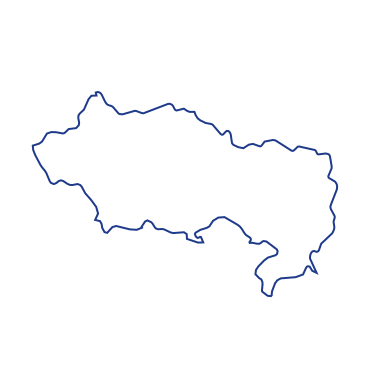 Moravskoslezský, orthographic projection, rotated 165°
{"feature_id": "CZE-1612", "entity_name": "Moravskoslezský", "entity_type": "Region", "adm_level": 1, "iso_a3": "CZE", "parent_name": "Czechia", "parent_adm1": "", "projection": "orthographic", "projection_center": [17.887, 49.846], "detail": "fine", "context": "isolated", "style": "outline", "palette": "blue", "viewbox_px": 384, "rotation_deg": 165, "n_neighbors": 0, "source": "natural_earth", "source_scale": "10m", "svg_char_len": 3240}
<svg xmlns="http://www.w3.org/2000/svg" viewBox="0 0 384 384"><g transform="rotate(165 192 192)"><path d="M142.7,71.0L145.5,72.0L146.4,72.9L149.5,77.0L149.9,77.6L150.0,78.3L149.8,79.1L149.5,79.9L147.7,84.7L147.3,87.1L147.7,89.7L149.4,91.4L152.0,96.2L150.4,100.1L147.1,103.0L140.0,107.2L135.6,109.0L127.6,109.3L125.8,110.2L124.6,112.8L124.9,114.6L132.9,124.9L135.5,126.1L137.2,125.8L138.6,125.0L140.4,124.6L142.5,125.2L147.0,127.4L149.4,127.9L149.4,128.2L149.5,128.4L149.4,128.6L149.4,128.8L147.8,130.1L147.3,131.5L147.8,133.0L149.3,134.6L151.2,136.8L152.3,139.6L153.2,142.8L154.5,145.9L156.4,148.5L167.1,159.3L173.2,160.5L179.2,158.7L184.1,154.3L187.2,153.5L193.8,153.3L199.2,151.7L200.1,150.6L199.8,148.0L198.6,146.2L197.2,146.2L195.8,146.6L195.0,146.2L194.2,140.4L197.0,141.0L199.3,141.6L209.0,148.0L208.0,152.7L210.2,155.2L220.8,157.2L223.3,158.6L228.6,163.1L230.5,164.0L234.4,164.8L236.4,166.2L237.1,167.7L238.3,171.7L239.2,173.4L242.5,176.1L245.0,175.6L249.6,171.5L249.4,171.1L249.2,170.8L248.9,170.6L248.5,170.6L255.2,169.8L261.7,172.0L274.1,178.8L278.0,178.7L284.5,174.5L286.9,175.9L288.0,180.6L287.6,184.6L288.4,187.7L292.8,190.1L288.3,195.5L288.4,202.4L291.4,210.2L295.4,218.3L297.2,225.8L298.2,227.7L300.5,229.3L305.6,229.7L308.0,230.4L310.2,232.1L313.6,236.0L315.7,237.2L318.1,237.0L320.7,235.8L323.3,235.4L325.8,237.2L326.6,239.2L327.8,248.1L328.6,250.6L330.6,255.0L331.4,257.4L333.9,268.4L334.5,273.7L333.8,278.0L327.0,278.3L323.8,279.5L317.0,286.0L312.3,286.3L307.5,284.8L301.9,282.1L300.8,281.9L299.6,282.1L294.8,284.7L287.4,283.7L284.0,285.9L283.1,288.1L282.7,292.9L281.9,295.2L280.5,296.6L275.0,299.6L267.9,308.4L264.2,311.0L259.3,309.9L259.2,313.0L257.3,313.0L256.4,312.6L255.4,311.9L254.6,310.8L254.0,309.2L252.6,301.9L252.1,300.2L251.4,298.8L250.3,297.6L247.4,295.8L246.3,294.5L242.7,287.0L241.9,286.1L239.0,285.0L226.3,285.2L225.1,284.8L220.0,281.2L218.5,280.6L192.3,283.3L190.9,283.0L189.7,282.3L188.8,281.4L188.1,280.1L187.4,276.9L187.0,275.8L186.4,275.1L185.7,274.7L178.3,274.6L175.8,271.7L173.6,270.0L168.9,268.8L168.6,265.5L167.8,262.7L167.2,261.3L165.4,259.0L160.9,255.1L155.6,252.6L154.5,251.4L149.4,240.7L148.5,239.7L147.5,239.4L146.6,239.8L143.5,241.7L142.4,242.0L141.3,241.6L140.4,240.6L139.9,239.2L139.7,237.5L140.7,229.0L140.4,227.9L139.7,226.7L135.8,223.4L131.0,221.0L124.9,223.0L120.7,222.7L114.6,218.5L113.6,218.4L112.7,218.9L108.8,221.9L100.3,221.3L97.9,220.1L85.1,206.1L84.0,205.6L82.8,205.8L78.1,208.4L76.9,208.3L62.7,200.9L62.0,200.2L61.7,199.4L61.2,196.8L60.9,196.1L60.1,195.6L52.9,194.6L50.8,193.5L50.0,192.7L49.6,191.7L49.5,190.6L50.4,181.2L50.7,179.7L51.2,178.5L56.1,172.2L56.4,171.4L56.3,170.6L55.9,169.9L51.3,165.2L50.7,163.9L50.3,162.5L50.2,161.1L50.4,159.6L50.9,158.2L51.5,156.9L61.6,143.1L62.1,142.0L62.3,140.9L62.3,139.6L60.5,132.0L60.6,130.8L61.0,129.9L62.7,127.2L63.1,125.8L63.5,121.8L64.0,120.0L64.9,118.5L67.1,115.9L80.6,108.6L84.4,103.0L85.3,102.2L86.2,101.9L87.2,102.0L89.5,103.5L90.7,103.5L91.8,103.0L92.9,102.1L93.8,100.9L94.5,99.5L95.0,98.2L95.2,97.0L92.6,81.7L96.2,84.7L97.7,89.5L98.6,90.0L99.5,90.3L100.3,90.1L101.2,89.5L106.1,83.6L113.9,82.9L128.7,85.6L132.5,84.6L135.4,82.3L140.3,75.5L141.2,73.4L141.7,71.7L142.7,71.0Z" fill="none" stroke="#1e3a8a" stroke-width="2"/></g></svg>